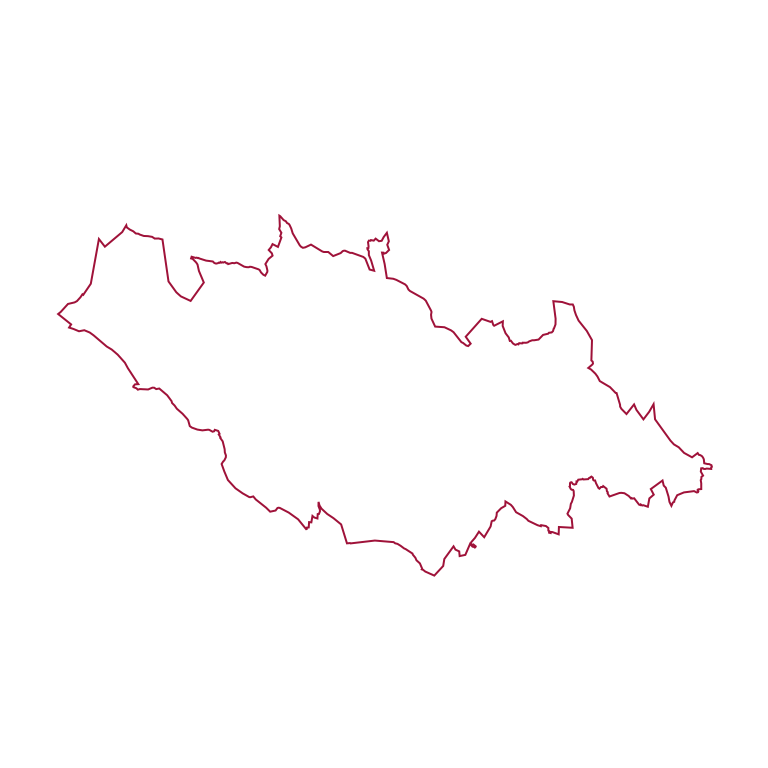 the district of Spring, Alba, Romania, rotated 261°
{"feature_id": "2599482B41235852327499", "entity_name": "Spring", "entity_type": "district", "adm_level": 2, "iso_a3": "ROU", "parent_name": "Romania", "parent_adm1": "Alba", "projection": "robinson", "projection_center": [23.751, 45.977], "detail": "fine", "context": "isolated", "style": "outline", "palette": "rose", "viewbox_px": 768, "rotation_deg": 261, "n_neighbors": 0, "source": "geoboundaries", "source_scale": "gbopen_adm2", "svg_char_len": 6155}
<svg xmlns="http://www.w3.org/2000/svg" viewBox="0 0 768 768"><g transform="rotate(261 384 384)"><path d="M321.9,647.1L315.1,641.6L308.5,634.7L318.9,629.3L324.7,627.8L316.4,618.8L322.3,614.6L324.7,613.7L326.6,613.9L338.7,612.3L338.9,611.4L345.6,606.7L353.1,597.6L358.0,596.0L361.1,594.4L365.9,590.8L367.9,588.3L370.7,592.9L371.5,593.6L373.5,593.6L374.8,592.5L394.8,596.3L404.7,592.6L416.2,586.1L422.2,584.4L426.9,583.6L430.6,583.6L433.0,582.9L433.5,579.9L437.1,572.8L439.3,564.2L421.6,563.7L416.0,562.7L412.3,560.6L412.2,560.3L409.8,559.2L408.7,557.7L408.8,554.9L408.0,554.0L407.6,548.8L403.7,543.6L403.7,539.3L404.0,537.2L403.4,534.1L402.6,532.5L402.5,530.7L403.1,527.4L402.5,527.1L402.5,526.6L403.2,523.9L402.1,523.0L402.6,522.1L402.1,520.0L402.4,519.4L403.9,517.7L406.9,516.1L406.9,515.0L410.5,514.5L415.1,512.0L422.8,510.3L427.3,511.2L424.3,501.9L425.2,501.2L429.2,500.5L428.7,498.9L433.1,490.7L417.9,472.1L410.3,475.9L408.3,473.1L409.1,471.3L412.2,468.5L413.2,467.0L424.3,460.8L426.5,458.6L430.6,452.6L432.7,443.5L441.2,441.1L445.0,441.3L447.7,442.2L449.0,442.0L459.8,438.3L462.1,436.5L471.8,424.2L473.5,422.9L477.2,421.8L479.1,420.4L484.9,412.5L486.5,409.6L488.2,403.4L502.5,403.4L514.1,402.6L513.8,404.0L512.7,404.1L513.1,406.5L515.6,410.0L521.0,409.0L524.2,411.1L532.9,410.5L529.2,406.7L525.8,404.1L525.8,401.4L528.9,398.5L527.2,396.3L528.2,393.6L527.6,393.1L528.0,391.5L526.6,390.4L522.4,390.3L520.6,389.8L520.7,388.8L519.6,388.8L517.5,389.8L513.7,389.2L508.0,390.6L497.4,392.0L499.3,387.7L510.7,385.2L512.7,383.5L518.5,373.0L518.8,371.1L521.8,366.3L521.9,365.1L521.7,364.0L520.1,361.7L518.3,353.8L523.1,349.6L523.8,345.2L524.6,343.7L533.1,333.7L531.3,327.6L531.2,325.2L532.6,323.5L534.1,322.5L547.1,317.4L552.1,316.7L555.9,315.6L557.0,315.0L558.2,313.4L560.1,312.5L561.6,310.5L565.9,307.8L566.6,307.0L556.1,305.8L553.4,304.7L549.4,306.3L546.2,304.6L544.8,305.6L536.0,300.7L539.6,295.8L536.7,293.7L534.4,291.1L530.6,293.7L528.2,294.0L525.6,289.6L521.0,285.6L518.6,286.3L514.4,286.6L513.0,286.3L509.6,283.6L510.8,281.9L513.4,280.0L516.0,279.0L516.9,278.0L520.3,271.6L520.8,269.9L520.5,268.8L520.9,266.6L521.8,264.2L526.5,258.3L527.0,257.1L526.7,255.1L527.3,253.0L526.8,248.8L527.7,248.4L527.8,247.4L529.4,246.0L529.1,244.1L529.5,243.5L529.3,242.1L530.1,241.6L529.4,240.4L529.7,239.7L529.3,238.9L529.2,237.0L530.0,235.4L531.8,234.1L533.7,227.6L536.9,221.2L537.5,220.6L537.4,220.0L538.1,218.8L538.0,217.7L539.8,213.9L538.2,213.1L537.5,214.6L533.4,217.5L531.2,218.5L524.6,218.9L512.4,221.9L496.3,206.0L502.3,197.1L505.1,194.8L507.1,193.2L519.0,187.2L561.4,187.8L563.0,184.1L563.5,180.3L565.6,178.0L566.9,174.2L567.8,169.9L569.9,166.0L570.8,165.0L571.5,162.4L574.0,160.3L576.3,157.1L578.9,154.5L581.1,154.3L575.0,149.2L563.3,129.8L571.8,125.1L528.9,110.1L519.1,100.9L519.8,100.2L517.2,97.8L513.9,93.7L513.0,91.2L512.5,84.4L505.7,75.9L504.1,73.1L491.8,84.3L489.0,81.8L487.0,85.8L483.8,91.0L484.0,96.4L480.9,101.4L477.5,104.8L464.4,116.0L460.6,120.5L454.6,125.6L445.6,131.4L439.7,133.5L422.3,141.3L422.6,138.0L420.9,136.0L420.1,136.0L418.5,138.8L416.9,140.0L417.2,142.0L415.5,150.2L416.6,154.6L416.3,156.4L414.6,158.2L414.7,161.3L406.8,168.1L400.3,171.5L398.4,171.7L395.5,173.8L392.0,175.5L386.1,180.4L380.4,184.1L378.8,184.9L372.8,185.6L371.0,187.4L368.2,192.5L366.6,197.4L366.4,203.1L366.0,204.3L363.7,207.2L363.9,208.8L365.2,209.7L363.6,212.9L360.5,213.8L360.0,212.9L356.9,214.2L356.4,213.8L352.6,215.7L344.6,216.4L341.3,216.1L338.2,216.7L336.3,216.3L333.5,214.3L332.6,213.0L330.4,211.1L322.6,212.6L313.6,214.8L304.2,221.0L298.1,227.3L293.4,233.2L293.1,234.2L293.4,237.3L290.0,239.3L280.3,248.2L275.7,251.6L276.0,257.1L278.2,259.4L278.3,260.5L277.9,261.7L271.9,269.8L263.8,278.0L252.8,284.4L252.9,285.0L254.2,285.3L254.1,287.2L259.3,288.4L258.7,290.6L264.9,292.7L263.0,294.3L261.6,297.2L265.9,298.2L265.8,299.4L268.2,300.8L269.8,301.0L273.7,300.2L277.8,300.9L274.1,301.3L270.6,302.8L264.5,307.6L259.4,313.1L252.0,319.7L232.4,322.5L232.2,325.6L231.8,326.0L230.8,350.5L226.3,368.8L224.9,370.1L224.0,372.3L221.6,375.1L218.4,378.2L217.6,379.5L212.1,385.6L210.9,385.8L207.5,387.8L204.8,388.5L201.2,391.4L195.2,392.9L194.9,392.5L194.3,393.6L192.3,395.4L186.9,403.7L195.0,414.0L201.7,416.2L212.8,427.3L209.2,428.7L206.9,432.1L202.2,431.8L202.5,437.6L212.6,444.0L209.5,446.0L208.9,447.6L208.3,448.0L208.4,448.6L209.3,449.2L211.6,447.1L211.3,446.0L212.8,444.5L214.3,445.6L217.7,449.7L223.3,454.7L217.0,459.0L226.6,467.0L231.6,468.9L232.0,470.0L231.9,471.4L233.1,472.8L236.1,474.5L239.3,475.3L243.0,480.3L244.7,484.7L249.0,485.6L244.8,490.4L242.3,492.0L236.7,494.4L231.8,500.6L228.3,503.9L226.3,505.2L220.5,513.6L219.0,516.7L220.0,517.1L218.4,521.7L216.1,523.8L213.5,523.4L212.9,524.1L211.3,523.8L210.7,525.3L211.8,525.6L211.4,527.2L208.2,533.0L215.4,534.4L212.5,547.8L221.7,548.3L225.8,545.4L227.2,544.9L232.1,548.4L236.4,549.8L238.1,551.1L244.1,554.1L248.6,554.6L249.8,554.2L250.3,552.7L251.2,552.0L253.7,551.2L254.0,551.7L257.0,552.2L257.6,552.8L257.6,553.9L255.7,554.9L254.9,556.2L255.2,558.2L257.6,558.9L257.3,559.5L259.1,560.9L258.9,565.0L259.2,565.4L258.5,566.2L258.1,570.8L259.0,571.7L259.2,573.1L259.7,573.3L260.1,574.4L258.8,575.6L256.6,575.6L255.8,576.3L255.7,577.4L252.8,577.9L247.6,579.6L246.9,580.4L248.3,582.2L248.1,583.8L248.9,584.5L245.8,587.4L243.2,587.4L242.1,588.1L241.1,587.7L237.6,589.1L239.5,599.4L239.4,601.3L238.5,604.4L235.1,608.2L232.3,610.1L232.7,610.6L231.9,611.7L232.0,613.2L224.9,617.1L224.2,618.5L224.8,618.8L223.6,620.2L223.7,621.2L221.5,625.4L229.5,628.2L232.5,633.1L238.5,631.1L245.1,644.0L239.9,644.4L237.5,646.1L228.3,647.4L222.9,647.5L218.7,648.8L221.8,650.8L222.2,652.2L223.5,652.6L228.3,656.2L230.0,663.3L229.7,673.5L227.9,676.0L228.0,677.2L228.8,677.7L230.2,677.1L230.8,677.9L230.6,680.9L236.3,681.8L239.5,681.8L240.4,682.5L242.6,683.0L243.6,684.8L247.9,683.2L251.1,684.1L251.0,685.7L250.3,686.1L249.8,687.8L250.0,689.5L248.9,693.9L250.5,694.1L250.9,694.9L252.6,694.7L254.1,692.5L254.3,691.1L255.6,687.9L259.6,688.1L261.1,687.7L262.8,686.9L264.2,685.4L264.8,683.9L266.7,683.0L263.4,676.8L269.0,669.6L275.4,665.2L279.0,660.9L283.2,658.1L306.7,646.2L321.9,647.1Z" fill="none" stroke="#9f1239" stroke-width="2"/></g></svg>